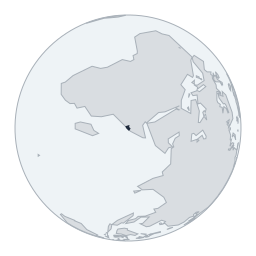 the Earth from above Shabeellaha Dhexe, rotated 91°
{"feature_id": "SOM-2410", "entity_name": "Shabeellaha Dhexe", "entity_type": "Region", "adm_level": 1, "iso_a3": "SOM", "parent_name": "Somalia", "parent_adm1": "", "projection": "orthographic", "projection_center": [46.104, 3.02], "detail": "fine", "context": "on_globe", "style": "filled", "palette": "slate", "viewbox_px": 256, "rotation_deg": 91, "n_neighbors": 0, "source": "natural_earth", "source_scale": "10m", "svg_char_len": 6941}
<svg xmlns="http://www.w3.org/2000/svg" viewBox="0 0 256 256"><g transform="rotate(91 128 128)"><circle cx="128" cy="128" r="113" fill="#eef3f6" stroke="#a8b0b8"/><path d="M15.4,132.2L15.8,134.0L17.2,139.6L18.0,146.5L18.7,153.9L23.7,170.3L24.1,171.6L21.3,164.0L19.0,156.2L17.2,148.3L16.0,140.3L15.4,132.2ZM186.8,31.9L193.0,36.2L193.8,36.6L194.4,37.0L201.7,42.8L205.8,46.5L213.6,56.7L217.6,61.2L219.5,63.9L219.6,65.3L216.9,61.2L214.9,59.5L213.3,57.2L212.7,58.6L210.4,55.4L211.0,58.3L213.4,61.0L214.9,60.7L216.4,65.0L220.9,70.1L224.1,76.1L225.5,86.3L222.8,89.3L223.2,91.3L220.8,88.9L219.6,92.8L225.8,104.5L226.4,107.9L223.5,114.2L223.1,111.6L216.6,105.3L216.9,113.5L221.9,120.4L223.6,128.6L220.5,126.0L218.5,118.8L216.2,116.3L215.8,109.2L211.8,98.8L208.6,100.7L207.8,96.6L201.8,88.3L196.6,91.0L188.9,101.9L189.6,112.6L186.2,117.4L177.9,102.1L174.9,92.0L171.4,93.0L163.2,84.7L147.9,84.4L146.1,81.9L143.1,83.1L137.4,80.6L134.8,76.6L131.2,76.9L138.2,87.6L142.1,87.4L146.0,83.2L147.1,87.1L152.7,90.6L145.1,100.3L123.0,109.2L121.5,101.2L108.2,80.2L109.0,77.9L109.0,77.7L108.9,77.2L106.9,80.9L104.9,77.0L111.2,91.3L112.0,97.7L122.7,109.7L121.5,110.9L125.1,113.4L137.6,110.3L137.5,113.0L131.2,125.6L114.5,143.0L117.2,154.8L116.7,164.9L107.2,171.5L109.0,179.3L104.3,182.0L104.6,186.4L101.3,191.1L95.5,195.4L84.6,195.5L83.2,191.5L76.5,183.8L66.9,165.0L68.9,156.4L67.6,149.7L59.7,134.9L61.4,126.7L59.5,123.3L55.5,124.2L53.4,120.1L51.0,120.0L37.0,122.9L33.4,117.7L30.3,101.9L33.3,95.7L34.8,88.6L55.9,65.2L59.3,66.4L74.6,63.5L76.3,64.3L73.3,69.5L83.8,75.9L88.7,71.5L99.4,75.2L107.4,75.1L112.4,65.5L99.4,65.4L98.4,60.8L109.8,57.0L121.3,57.8L121.3,56.1L115.0,52.2L118.7,49.4L113.0,50.7L114.5,52.4L111.0,53.5L109.3,52.1L110.7,51.0L107.5,50.2L101.8,56.0L102.7,58.4L93.8,59.5L94.5,63.6L91.7,65.6L89.4,59.4L90.4,57.1L85.2,50.9L83.3,53.3L88.1,59.5L86.1,59.0L83.6,62.8L84.0,59.5L79.3,52.7L71.9,54.3L60.6,64.0L56.7,65.0L54.2,63.2L60.1,53.7L68.3,52.7L70.5,49.9L70.5,46.0L72.9,46.2L73.9,44.7L77.1,44.4L83.3,40.7L86.8,40.3L90.7,36.1L93.1,35.5L90.1,38.0L89.9,39.8L98.8,39.6L101.0,38.7L102.8,36.1L105.1,36.6L105.7,34.2L111.6,33.4L104.9,32.5L106.9,30.0L111.2,28.3L110.7,27.5L103.6,30.4L101.8,31.8L102.2,33.1L96.4,37.5L93.0,38.3L94.6,33.6L89.9,34.4L93.2,30.8L110.4,24.2L116.8,23.3L124.2,26.4L121.8,27.6L118.0,27.0L120.2,29.6L120.7,28.4L122.5,29.0L124.9,27.2L126.3,27.6L126.1,25.5L128.1,25.7L128.2,27.1L133.4,25.2L138.0,25.6L138.5,25.1L137.7,24.4L144.0,25.7L144.1,25.3L142.1,24.6L140.9,23.4L141.3,22.0L143.5,22.5L143.6,23.1L147.2,25.3L147.2,27.1L148.2,27.3L148.6,25.8L144.3,23.0L143.9,22.1L146.3,23.2L145.4,22.7L145.9,22.4L148.4,22.7L145.9,21.4L148.4,18.8L153.5,19.5L155.4,20.5L159.5,20.4L164.9,21.9L163.0,21.2L163.7,21.2L162.0,20.7L161.1,20.4L161.4,20.4L170.2,23.5L178.6,27.4L186.8,31.9ZM47.4,76.7L46.5,78.8L47.4,76.7ZM132.8,64.1L140.2,64.7L138.1,58.8L140.8,58.7L139.1,56.9L137.9,58.4L134.0,53.7L137.6,52.2L137.3,50.0L134.8,49.7L128.8,53.2L134.4,59.8L132.2,62.1L132.8,64.1ZM76.1,37.7L76.7,38.5L74.7,40.2L70.2,41.6L73.1,39.1L76.1,37.7ZM78.0,39.3L80.8,34.7L83.7,34.0L81.6,35.1L83.2,35.1L80.3,36.9L80.3,41.0L78.5,42.9L71.2,44.0L74.6,42.5L73.8,41.7L78.0,39.3ZM82.9,27.5L84.2,26.4L88.8,26.0L87.1,27.2L82.5,28.5L81.9,27.9L82.9,27.5ZM88.3,22.6L89.6,22.1L91.1,21.6L90.8,21.7L91.6,21.4L101.6,18.5L111.9,16.5L113.0,16.4L111.7,16.7L113.6,16.4L115.7,16.3L114.9,16.7L113.0,16.7L113.5,17.3L110.4,17.6L110.7,17.6L108.0,18.2L105.1,19.0L103.9,19.1L103.3,19.4L101.5,19.9L100.3,20.4L97.7,20.8L96.0,21.6L95.7,21.4L93.5,22.6L94.0,22.0L91.7,22.8L92.4,23.0L81.3,25.9L76.3,28.1L71.8,30.5L73.3,29.5L75.4,28.4L88.3,22.6ZM115.8,16.0L114.3,16.2L113.5,16.3L115.8,16.0ZM79.1,62.4L80.5,62.6L83.0,62.4L81.4,65.0L79.1,62.4ZM75.7,57.8L77.1,57.5L76.1,60.6L74.6,60.6L75.7,57.8ZM78.8,54.8L77.3,57.2L77.2,55.8L78.8,54.8ZM91.5,37.7L93.1,37.4L93.0,38.0L91.7,38.9L91.5,37.7ZM115.5,19.7L114.8,19.3L115.5,19.2L116.2,18.2L118.5,18.1L119.0,18.6L115.5,19.7ZM109.7,67.1L106.9,68.9L105.9,68.0L107.1,67.6L109.7,67.1ZM93.1,66.8L96.5,68.0L92.7,67.5L93.1,66.8ZM118.2,19.4L118.2,19.0L119.4,19.2L118.2,19.4ZM120.3,18.0L121.8,18.2L118.9,18.0L120.3,18.0ZM156.9,216.0L157.8,217.3L156.0,217.4L156.9,216.0ZM136.3,163.3L129.8,180.8L124.3,180.9L122.8,175.7L124.9,165.1L131.0,162.1L133.9,157.3L136.3,163.3ZM234.1,148.4L235.0,149.0L234.9,149.5L234.1,148.4ZM233.3,146.5L234.5,146.7L233.0,147.6L233.3,146.5ZM234.9,146.9L236.1,146.0L236.6,145.2L236.4,146.3L234.9,146.9ZM232.5,146.4L226.7,145.9L224.1,144.4L225.0,142.5L229.2,143.2L232.5,146.4ZM224.8,142.4L220.5,136.9L212.9,121.1L215.6,121.4L223.2,131.0L222.8,132.6L225.4,137.0L224.8,142.4ZM234.1,132.9L233.6,137.9L230.7,137.2L229.2,136.3L228.2,129.9L228.8,126.7L230.1,126.9L233.7,116.3L235.3,119.1L234.5,123.6L235.6,128.0L234.1,132.9ZM190.1,113.7L193.0,120.1L191.0,121.2L190.1,113.7ZM234.2,109.0L233.4,113.5L233.8,107.5L234.2,109.0ZM233.9,103.4L234.4,105.7L233.4,103.4L233.9,103.4ZM224.1,94.4L222.8,94.9L222.3,93.3L223.6,91.8L224.1,94.4ZM226.5,81.3L228.3,85.8L228.7,87.4L227.3,84.5L226.5,81.3ZM138.1,20.1L134.5,21.3L133.5,22.6L135.4,23.7L131.2,22.8L132.8,20.8L138.1,20.1ZM146.9,18.7L145.3,18.1L146.9,18.3L147.6,18.5L146.9,18.7ZM145.2,18.4L141.4,17.8L141.1,17.4L144.2,17.9L145.2,18.4ZM129.7,17.9L128.5,18.3L127.6,18.0L129.7,17.9ZM222.9,188.7L223.7,187.2L215.6,194.1L214.9,193.0L217.4,189.7L221.3,179.6L221.7,179.8L224.3,173.1L230.3,167.4L235.4,156.7L236.1,157.7L238.3,150.1L238.3,150.8L236.3,158.8L233.8,166.7L230.7,174.3L227.0,181.7L222.9,188.7ZM236.2,149.3L237.7,145.5L238.1,145.3L236.2,149.3ZM240.2,137.6L240.2,136.4L240.2,134.0L240.5,132.6L240.1,130.4L240.6,129.8L240.4,134.7L240.5,133.8L240.2,137.6ZM239.9,140.2L239.9,140.3L239.8,141.7L239.9,140.2ZM239.1,135.1L238.9,136.4L238.7,135.3L239.1,135.1ZM239.4,134.4L239.9,136.1L239.3,135.5L239.4,134.4ZM236.3,129.2L236.7,132.3L237.9,130.5L236.9,133.2L237.4,138.5L237.0,140.4L236.6,134.7L235.9,140.4L235.4,140.2L235.4,135.3L236.1,129.4L236.7,127.0L238.6,126.3L236.3,129.2ZM239.5,130.6L239.3,126.9L239.4,124.6L239.7,126.5L239.5,130.6ZM238.2,118.2L236.9,113.9L236.3,115.4L237.1,110.0L238.2,114.9L238.2,118.2ZM236.4,109.2L235.9,110.4L236.1,107.3L236.4,109.2ZM235.4,109.0L234.8,106.2L235.5,106.7L235.4,109.0ZM236.7,109.4L236.0,104.7L236.8,107.5L236.7,109.4ZM233.2,100.1L235.5,104.8L233.4,102.6L231.0,93.8L231.7,93.7L233.2,100.1ZM222.6,67.5L221.2,65.3L221.2,65.0L222.2,66.6L222.6,67.5ZM220.3,63.4L220.7,64.2L221.1,65.7L222.1,66.8L224.1,70.5L221.5,66.8L219.6,63.1L219.7,62.7L217.6,59.8L216.8,58.7L220.3,63.4ZM160.2,20.1L159.1,19.8L160.3,20.1L160.2,20.1ZM156.6,19.0L156.4,19.0L156.6,19.0ZM155.3,18.8L155.7,18.8L156.7,19.2L155.3,18.8Z" fill="#d9dde1" stroke="#a8b0b8" stroke-width="1"/><path d="M129.8,127.1L129.4,127.6L129.2,127.8L129.0,128.0L128.8,128.2L128.6,128.4L128.5,128.5L128.4,128.5L128.1,128.9L128.0,129.0L127.9,129.1L127.5,129.4L127.2,129.5L126.7,129.7L126.5,128.6L126.1,128.0L126.0,127.5L126.4,127.6L127.7,127.5L127.9,127.0L128.0,126.9L128.6,126.3L129.8,127.1L129.8,127.1Z" fill="#64748b" stroke="#1e293b" stroke-width="1.5"/></g></svg>